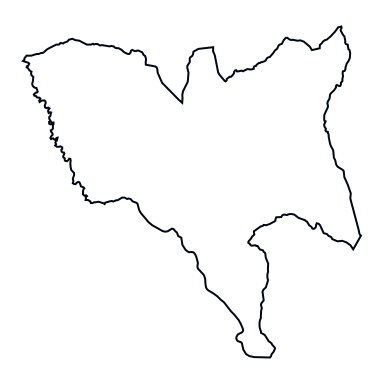 outline of Nova Lacerda, Mato Grosso, Brazil
{"feature_id": "56859067B39265464568289", "entity_name": "Nova Lacerda", "entity_type": "district", "adm_level": 2, "iso_a3": "BRA", "parent_name": "Brazil", "parent_adm1": "Mato Grosso", "projection": "natural_earth1", "projection_center": [-59.772, -14.4], "detail": "fine", "context": "isolated", "style": "outline", "palette": "ink", "viewbox_px": 384, "rotation_deg": 0, "n_neighbors": 0, "source": "geoboundaries", "source_scale": "gbopen_adm2", "svg_char_len": 5771}
<svg xmlns="http://www.w3.org/2000/svg" viewBox="0 0 384 384"><path d="M341.3,26.5L338.2,27.3L335.0,31.7L330.6,36.4L326.8,39.6L325.0,40.1L322.7,41.8L321.7,43.4L319.8,45.0L319.7,48.3L311.9,50.1L309.8,46.6L303.9,41.7L300.6,40.4L297.3,40.7L292.9,39.8L291.6,40.0L289.5,39.5L287.3,37.8L285.9,37.8L283.9,39.8L281.9,43.8L279.3,44.8L278.4,45.9L277.1,48.8L275.0,50.4L273.2,53.1L269.8,57.0L268.2,57.4L266.8,58.4L265.5,60.7L262.4,62.1L261.2,62.1L260.1,62.9L258.9,63.0L256.5,64.9L255.9,66.0L254.4,66.3L253.7,67.2L253.7,68.8L251.3,69.5L247.3,69.1L242.9,71.3L241.8,70.6L238.3,71.4L236.9,71.4L236.3,70.2L235.0,70.5L234.2,71.7L233.8,73.6L232.0,75.9L230.9,76.8L229.8,76.7L227.7,78.2L226.8,79.0L226.6,80.4L225.6,81.4L224.7,80.9L219.4,74.6L218.1,72.2L214.8,55.3L213.1,51.4L213.2,47.2L198.4,48.9L193.5,51.6L192.9,54.7L192.2,55.9L190.2,57.4L189.7,58.5L189.8,62.0L187.3,65.9L187.3,67.7L188.5,72.8L187.9,80.6L187.6,82.1L183.1,91.1L182.6,93.3L182.3,94.7L182.5,97.9L182.2,102.8L178.9,99.9L162.1,82.8L157.7,72.8L157.4,69.6L156.6,67.3L155.0,66.4L145.8,64.7L145.7,61.5L146.0,60.1L145.8,57.9L145.1,56.0L143.5,54.8L142.2,52.3L138.5,50.6L137.1,50.6L135.9,51.2L134.5,51.0L132.3,49.9L130.9,50.8L130.6,52.6L129.2,54.0L127.7,53.9L124.2,52.3L121.5,49.8L119.5,48.7L118.3,48.1L116.8,48.2L114.8,47.6L113.8,46.5L111.2,45.9L109.8,46.4L101.9,45.1L100.0,45.5L97.6,44.1L95.6,44.0L93.9,44.4L93.1,43.8L90.8,44.6L86.8,44.6L79.3,40.7L75.3,40.1L72.4,38.8L68.9,39.7L67.5,41.5L64.3,42.6L63.2,43.5L60.6,42.9L59.0,44.6L56.3,44.6L48.5,48.5L46.6,49.7L43.7,52.4L42.4,53.0L41.1,53.0L38.7,54.0L36.6,54.0L31.2,55.7L26.5,55.7L24.5,58.2L24.3,59.8L23.0,61.0L28.4,62.8L29.2,63.6L28.2,65.9L27.1,66.1L26.6,67.2L27.9,68.1L29.5,70.4L31.5,71.8L31.0,73.2L31.5,75.3L33.3,76.9L32.9,81.0L32.2,83.9L32.5,85.2L33.1,86.4L34.8,87.7L36.5,88.1L37.7,91.6L36.9,92.6L35.5,92.8L33.8,94.5L34.3,95.7L36.0,96.0L37.0,97.5L39.5,97.7L40.4,98.7L39.2,100.7L39.6,102.0L41.9,100.6L44.4,100.4L45.4,101.3L45.7,103.0L44.8,105.4L45.1,107.4L46.6,108.1L48.4,107.6L49.5,108.4L48.2,110.2L48.1,111.4L48.7,113.0L50.1,112.2L51.1,112.5L50.3,116.0L49.1,117.2L49.4,119.1L51.0,121.6L49.1,121.9L49.2,123.7L50.7,124.4L51.9,123.9L51.8,122.7L53.5,122.5L53.5,124.0L52.9,125.7L52.9,128.7L52.1,129.6L50.8,130.3L51.0,131.6L52.3,133.0L52.7,134.7L51.0,136.5L50.4,138.1L51.1,139.1L53.1,138.3L54.1,139.4L55.0,139.8L56.5,138.0L57.5,137.7L56.9,140.5L55.8,141.1L55.4,142.8L56.1,144.2L55.1,145.5L57.0,146.8L59.2,146.8L60.3,146.3L62.2,147.3L62.2,149.0L61.3,149.9L61.6,151.6L62.5,152.4L63.9,152.5L64.4,153.6L63.2,156.1L63.3,157.3L64.7,158.3L64.7,159.9L65.2,160.9L67.1,161.2L68.3,160.1L69.2,158.6L70.3,158.9L70.7,160.5L70.3,163.3L70.7,167.8L71.4,170.2L74.0,172.9L74.1,175.0L72.8,178.9L73.4,180.9L72.8,183.2L73.8,183.9L75.6,184.2L76.4,183.0L78.1,181.9L79.2,182.2L80.0,183.3L80.9,186.3L83.6,187.4L84.3,188.3L83.5,189.3L83.1,190.6L82.9,194.1L83.8,195.3L84.8,195.7L86.0,195.3L87.0,196.1L85.7,197.3L85.9,198.6L85.6,200.0L88.0,200.0L90.4,201.5L90.8,203.0L93.1,202.9L94.2,202.2L95.3,202.3L98.5,201.7L103.6,203.3L104.6,204.0L105.3,202.6L109.9,201.3L111.9,201.0L113.2,201.5L116.2,200.3L117.7,200.2L122.1,197.6L124.5,197.6L127.2,199.0L128.6,198.5L130.6,199.1L132.8,201.5L136.5,202.8L137.5,203.8L139.2,210.1L140.9,213.1L148.4,222.0L152.2,225.2L162.5,231.0L165.1,231.7L167.7,231.3L171.8,228.7L173.4,228.9L175.5,231.4L176.9,232.5L178.2,236.0L181.3,237.7L182.4,244.9L185.5,249.8L188.1,251.8L189.4,252.2L192.1,252.0L193.4,252.4L194.4,253.2L195.1,254.3L196.4,257.1L197.9,262.9L197.4,266.9L198.1,268.8L203.5,274.6L204.2,275.8L205.2,279.1L205.5,284.4L206.1,287.6L207.1,289.3L208.5,290.5L213.8,293.7L217.4,296.4L220.7,299.7L224.0,302.3L231.1,311.5L233.6,313.9L238.5,319.8L240.8,323.9L242.9,328.9L243.1,330.5L242.6,331.7L241.5,332.6L238.2,334.2L237.4,335.2L236.5,336.8L236.3,338.3L236.7,339.8L237.9,341.2L241.0,342.2L241.9,343.2L243.3,349.6L246.0,354.0L249.4,356.1L254.3,357.1L269.9,357.5L271.0,356.2L271.5,354.4L273.7,351.6L275.1,348.4L274.2,346.9L272.3,344.9L271.4,343.2L268.7,341.2L264.8,335.0L261.1,332.9L260.9,331.3L259.8,328.1L259.6,326.4L259.5,322.9L259.9,320.4L260.8,318.1L261.1,311.0L261.8,308.0L261.0,305.2L261.2,303.6L263.7,300.4L262.5,291.8L263.4,289.7L265.9,287.3L268.1,280.1L267.4,277.7L267.3,275.0L268.1,271.5L267.9,269.1L268.2,263.7L265.8,257.8L265.3,253.6L264.6,252.4L263.6,251.8L263.0,250.4L259.8,249.4L257.6,246.0L256.5,246.0L255.5,245.3L251.5,245.7L250.4,244.9L249.6,243.6L248.4,243.0L248.4,241.6L251.2,238.4L251.8,237.0L254.3,234.5L253.8,231.4L260.6,226.5L262.8,225.9L263.6,224.9L266.1,225.2L269.5,224.1L274.4,221.5L275.4,220.8L275.5,219.2L276.3,217.3L281.3,217.0L282.3,215.3L284.0,214.5L286.8,215.1L288.9,214.2L291.3,214.0L294.3,214.6L298.6,217.9L305.0,220.2L305.9,221.1L306.9,221.5L309.2,225.3L311.4,226.8L312.3,228.5L313.8,228.9L315.5,227.7L316.0,226.5L316.1,224.9L316.7,223.3L318.5,223.7L320.1,225.3L323.7,233.2L326.9,234.0L328.6,235.9L331.3,237.1L332.2,239.0L336.4,240.9L338.0,241.3L342.2,240.8L346.3,242.3L350.4,245.2L353.2,249.3L361.0,235.6L359.9,234.8L359.3,233.2L358.7,230.0L350.7,200.0L350.3,198.1L350.8,193.4L347.6,184.4L344.3,177.0L343.7,171.1L342.7,169.9L337.7,166.8L336.2,164.6L335.2,160.2L333.9,157.7L333.2,150.3L331.0,146.3L330.0,143.6L328.7,136.8L328.6,134.4L328.0,133.3L327.8,131.8L326.1,131.5L325.4,130.1L325.9,128.7L324.5,126.7L324.1,124.7L325.6,121.3L324.4,120.8L324.2,119.5L324.3,114.9L327.7,107.5L328.0,105.8L327.4,103.5L327.8,101.5L329.5,98.8L330.0,95.0L330.6,93.6L334.0,90.4L336.0,87.4L335.9,86.1L336.8,85.0L339.3,86.1L340.4,85.8L340.9,84.5L340.9,82.7L342.4,81.1L342.4,79.2L343.0,76.1L342.6,73.0L342.8,71.4L344.6,70.9L345.5,69.1L345.5,67.5L346.7,63.7L348.6,60.9L349.8,58.0L350.2,53.1L349.5,50.0L348.4,49.1L347.7,44.6L345.9,44.0L345.1,42.5L345.3,41.0L344.4,36.4L343.2,35.1L340.7,30.6L340.9,29.2L341.6,27.8L341.3,26.5Z" fill="none" stroke="#020617" stroke-width="2"/></svg>